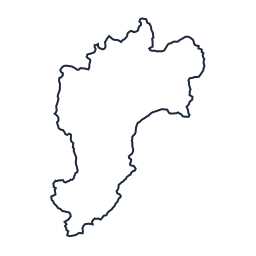 Muniz Freire, Espírito Santo, Brazil (Mercator projection), rotated 182°
{"feature_id": "56859067B51669196244688", "entity_name": "Muniz Freire", "entity_type": "district", "adm_level": 2, "iso_a3": "BRA", "parent_name": "Brazil", "parent_adm1": "Espírito Santo", "projection": "mercator", "projection_center": [-41.436, -20.403], "detail": "fine", "context": "isolated", "style": "outline", "palette": "slate", "viewbox_px": 256, "rotation_deg": 182, "n_neighbors": 0, "source": "geoboundaries", "source_scale": "gbopen_adm2", "svg_char_len": 4514}
<svg xmlns="http://www.w3.org/2000/svg" viewBox="0 0 256 256"><g transform="rotate(182 128 128)"><path d="M150.2,219.2L151.0,217.8L152.1,216.7L152.8,214.8L154.0,213.1L153.6,211.1L153.3,208.8L154.1,206.6L156.0,205.7L157.6,206.3L159.7,207.1L160.8,208.6L160.9,210.8L162.5,209.9L164.2,209.6L164.2,207.8L163.1,205.9L163.4,204.4L164.2,202.6L165.9,201.8L167.3,201.2L168.8,200.8L171.1,200.1L171.8,197.6L170.4,196.4L168.6,195.4L168.0,194.0L168.3,192.2L168.8,190.7L168.8,188.9L168.9,186.7L169.7,185.1L172.4,185.8L174.6,186.1L176.1,186.0L177.7,186.2L179.0,184.7L180.7,184.4L182.5,185.6L184.3,186.6L186.4,187.6L189.4,187.8L191.4,188.2L194.1,187.8L195.8,186.6L197.0,184.8L197.7,183.3L196.5,181.2L195.0,180.5L195.0,178.5L196.5,176.4L198.3,175.7L198.6,173.3L198.3,171.6L197.5,170.0L197.6,167.5L197.4,164.7L197.9,162.3L198.9,159.8L199.4,157.0L198.5,154.8L198.9,152.9L199.6,149.9L200.5,147.4L200.2,145.0L199.8,143.1L200.5,141.3L201.8,139.7L200.1,138.6L198.7,137.2L197.8,135.3L197.8,132.7L199.1,131.4L198.8,129.9L198.0,127.7L197.3,125.4L195.0,123.9L192.9,123.7L191.4,121.7L190.3,119.6L188.5,119.0L186.6,120.3L184.8,119.4L184.7,116.6L184.8,114.4L184.0,112.4L182.2,111.1L182.2,109.4L182.5,106.9L181.2,105.3L181.5,103.6L180.8,101.5L179.8,99.3L178.7,96.6L178.8,94.5L179.0,92.7L178.8,90.3L178.0,88.0L177.3,85.4L176.8,83.7L177.3,82.0L178.8,81.3L179.3,79.6L180.0,78.2L180.5,75.8L182.1,74.2L183.7,74.3L185.0,73.0L186.9,72.4L188.2,71.4L189.8,71.7L191.3,73.7L194.0,73.2L195.5,73.3L196.9,72.4L198.6,72.8L199.6,71.4L200.6,70.1L200.4,68.1L200.1,66.4L198.0,65.3L199.1,63.7L198.6,61.4L198.2,59.0L200.4,57.8L202.2,56.9L202.2,55.2L201.6,53.3L200.2,52.1L199.4,50.1L198.3,49.0L196.5,47.5L195.3,45.7L192.8,44.7L190.8,42.8L188.5,42.4L185.5,41.8L183.7,41.5L182.5,39.5L182.2,37.7L183.1,36.2L184.5,34.3L186.3,33.2L188.1,31.9L187.0,30.9L186.1,29.6L187.6,27.8L186.4,26.2L185.9,24.0L184.1,22.8L184.7,20.2L185.0,18.7L182.8,17.9L180.4,18.3L178.3,18.8L176.6,19.2L175.0,20.2L173.2,21.5L171.6,21.3L169.6,21.2L169.5,23.5L170.0,26.5L169.1,28.6L167.6,30.4L165.8,30.7L164.1,31.0L160.0,30.5L160.8,32.7L159.9,34.4L158.2,36.4L156.7,36.0L154.7,36.5L152.2,35.5L150.6,37.4L149.2,39.5L146.6,40.1L145.6,42.2L144.6,43.6L143.3,44.7L141.3,46.2L140.5,47.6L138.8,49.4L138.0,51.4L137.1,52.8L135.9,53.9L135.4,55.7L134.6,57.5L133.3,58.3L132.8,59.8L134.1,61.4L136.6,62.5L137.2,64.5L136.2,65.8L135.5,67.5L135.4,69.3L135.2,71.0L133.7,72.3L132.4,73.6L131.0,74.4L130.0,75.7L128.3,77.1L127.6,78.9L126.4,79.8L125.3,80.9L123.7,81.6L123.1,83.6L121.6,85.0L119.6,85.8L118.9,87.6L119.9,89.0L121.0,90.3L123.2,90.5L124.7,91.4L124.5,93.2L123.8,94.7L123.9,96.8L125.8,97.9L126.2,99.5L125.0,100.9L123.2,102.4L122.1,104.8L122.2,107.4L122.8,109.1L123.1,111.1L123.2,113.7L123.7,115.6L123.3,117.4L123.4,119.4L122.1,121.0L120.8,122.4L120.2,124.6L120.1,127.1L119.9,129.3L119.1,131.8L118.4,133.6L116.8,134.3L115.4,135.7L114.4,136.9L112.5,137.9L111.0,139.1L109.7,140.0L107.9,141.1L105.9,143.3L104.2,144.4L102.6,145.1L100.1,145.9L98.1,146.7L95.2,147.9L93.2,148.0L91.2,147.8L89.4,147.7L88.4,145.8L87.3,144.3L85.2,143.9L83.3,144.1L81.4,144.3L80.0,144.5L78.5,145.3L77.2,144.4L75.3,143.6L73.9,141.7L72.2,141.3L70.1,141.4L67.8,141.3L67.0,143.3L68.2,145.0L68.6,147.7L69.3,149.6L70.2,151.1L69.2,152.4L68.0,153.8L67.4,156.2L66.2,157.3L64.7,158.8L64.7,161.5L66.0,162.2L67.6,162.9L67.5,164.8L67.6,166.8L66.9,168.9L67.7,170.8L68.2,172.6L68.7,174.1L68.5,175.9L69.3,177.7L68.1,179.9L66.1,180.2L64.7,180.5L63.4,181.3L61.3,181.4L59.1,181.6L57.8,183.3L56.2,185.9L54.8,188.2L54.3,191.3L53.8,193.1L54.7,195.2L54.7,197.4L54.1,199.5L55.4,201.4L55.9,203.5L55.2,205.5L57.0,206.6L56.9,208.7L58.2,209.5L60.4,210.0L60.3,212.5L62.4,212.7L64.1,213.5L65.0,215.1L65.5,217.1L66.2,218.4L68.1,219.9L70.3,221.1L72.2,221.4L74.0,221.1L75.7,219.9L77.3,218.9L79.4,217.7L81.2,216.1L82.9,215.9L84.6,216.0L86.2,215.6L87.6,214.3L89.8,213.8L91.2,212.7L92.1,211.0L92.9,209.6L93.7,208.3L94.4,206.8L97.0,205.8L99.6,205.8L102.0,205.6L104.2,206.2L106.4,206.0L108.4,206.5L109.6,208.2L107.9,209.3L106.2,210.2L106.3,212.8L106.5,215.5L107.0,218.0L105.7,219.3L106.2,221.2L106.2,223.1L107.1,225.2L108.2,227.2L108.4,229.2L109.0,230.9L110.2,233.0L112.3,233.7L112.9,235.4L113.6,237.4L115.7,237.5L117.5,238.1L119.7,237.0L120.3,234.7L118.9,233.8L118.6,231.5L120.5,229.7L121.2,227.4L121.6,225.6L123.7,224.4L125.7,224.0L127.0,224.9L128.8,225.0L130.8,223.6L131.9,222.1L132.1,219.8L133.4,217.9L134.6,216.7L136.7,215.4L137.9,213.7L139.2,214.5L140.8,215.4L143.1,215.6L145.3,215.7L147.2,216.8L148.4,218.0L150.2,219.2Z" fill="none" stroke="#1e293b" stroke-width="2"/></g></svg>